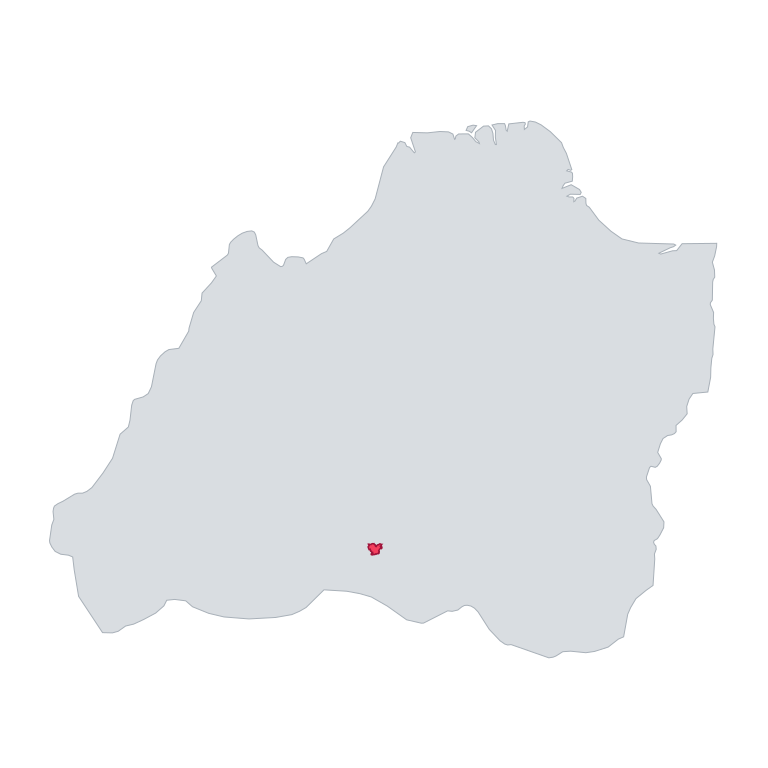 Gezawa, Kano, Nigeria (highlighted), rotated 182°
{"feature_id": "59680162B10012275275709", "entity_name": "Gezawa", "entity_type": "district", "adm_level": 2, "iso_a3": "NGA", "parent_name": "Nigeria", "parent_adm1": "Kano", "projection": "mercator", "projection_center": [8.662, 12.062], "detail": "fine", "context": "in_parent", "style": "filled", "palette": "rose", "viewbox_px": 768, "rotation_deg": 182, "n_neighbors": 0, "source": "geoboundaries", "source_scale": "gbopen_adm2", "svg_char_len": 5764}
<svg xmlns="http://www.w3.org/2000/svg" viewBox="0 0 768 768"><g transform="rotate(182 384 384)"><path d="M656.6,125.7L681.8,161.1L687.1,187.4L689.1,200.3L693.3,201.9L701.1,202.6L706.8,205.2L710.2,209.4L712.4,213.5L712.8,215.8L711.1,231.5L709.2,237.2L710.3,245.0L709.9,248.3L709.1,250.5L705.6,253.1L700.8,255.6L689.4,263.1L686.1,264.2L681.4,264.4L677.2,266.3L672.3,270.3L661.7,285.3L652.7,300.3L646.0,324.6L638.0,332.1L636.6,338.9L635.4,354.0L634.1,358.5L632.8,359.9L624.2,362.7L619.3,366.2L616.3,373.1L612.5,396.3L611.2,400.1L608.4,404.2L604.0,408.5L600.2,410.9L590.3,412.5L581.0,430.0L580.8,433.0L576.7,448.9L569.5,460.8L569.0,468.5L560.0,479.0L555.3,486.1L560.1,493.5L560.5,494.7L545.0,507.4L544.0,509.3L543.4,518.0L542.2,520.3L539.3,523.5L535.2,527.0L530.9,529.8L526.1,531.7L521.5,532.4L518.9,531.3L517.4,528.6L514.8,518.0L513.5,515.7L510.5,513.6L498.6,501.9L491.4,497.7L489.8,498.0L488.6,499.1L486.6,505.1L484.5,507.2L480.7,508.0L474.1,508.0L469.3,507.2L468.2,506.0L465.9,501.4L451.0,512.1L445.9,514.5L439.3,527.2L429.9,533.4L423.5,538.9L406.2,556.1L402.8,561.2L399.3,568.7L392.0,601.0L380.1,621.2L378.5,625.5L377.8,625.3L376.2,627.2L371.6,626.0L369.5,622.2L366.7,621.6L361.8,616.1L360.7,617.1L365.9,631.0L364.0,636.4L349.4,636.5L336.9,638.3L328.3,638.2L323.9,636.2L322.0,631.0L321.3,631.5L320.8,634.3L318.1,636.5L308.4,636.9L304.2,633.4L300.7,629.4L297.0,627.6L297.6,629.3L301.8,633.2L301.3,638.8L293.5,645.2L288.6,645.6L285.5,642.8L283.9,638.3L283.1,631.5L281.1,627.2L280.0,627.2L281.3,634.5L281.4,641.3L285.1,646.6L279.4,648.2L272.6,648.4L271.7,646.4L270.8,642.0L269.7,640.9L268.3,648.3L254.2,650.4L252.2,650.1L251.8,648.7L252.9,646.7L252.6,643.3L249.5,645.9L249.0,651.0L247.3,651.9L241.9,651.1L236.1,648.5L226.6,642.0L215.0,631.4L213.1,626.7L209.8,620.9L203.8,604.8L204.9,604.1L207.5,604.9L208.9,603.4L204.0,602.3L203.0,601.2L202.7,597.6L202.9,593.3L210.2,591.0L211.9,588.4L212.9,585.7L203.9,589.7L195.4,585.2L193.6,582.4L194.5,580.3L204.3,580.2L207.8,578.1L205.7,577.4L201.9,577.5L200.6,576.1L200.7,572.8L199.5,573.5L197.9,576.5L192.2,578.6L188.8,576.5L188.5,571.7L187.8,569.5L185.0,567.8L175.0,555.2L162.5,544.6L151.3,537.3L134.5,533.8L99.3,534.0L97.3,533.0L99.5,531.3L102.6,530.2L113.9,524.3L112.0,523.5L100.2,527.2L96.2,527.5L91.0,534.6L56.4,536.2L56.4,532.9L58.0,523.6L60.1,517.2L57.7,509.4L57.2,502.3L58.6,500.1L59.1,497.4L58.8,479.3L60.6,476.6L60.7,474.7L57.1,467.0L57.1,461.1L56.4,455.3L55.2,452.7L56.6,430.5L56.2,425.0L57.3,421.1L57.9,411.5L57.8,402.1L60.1,387.3L75.0,385.3L78.6,379.5L80.7,372.1L80.0,364.8L84.8,358.4L90.7,352.8L90.4,346.5L92.0,344.6L94.8,343.2L98.8,342.4L103.2,339.3L105.7,333.9L108.1,325.2L104.3,319.1L104.3,317.8L105.8,314.5L108.1,311.3L110.0,310.2L114.3,311.1L115.7,309.8L118.5,300.2L118.2,297.6L114.2,291.1L112.0,273.7L110.8,271.4L107.7,268.2L99.4,256.0L99.5,250.1L103.0,242.7L105.3,239.0L108.5,237.0L109.1,235.3L108.2,233.2L106.6,231.6L106.2,228.3L107.8,223.6L107.3,218.5L108.1,192.1L114.9,186.9L124.7,178.3L129.7,169.2L132.4,162.4L135.7,139.7L140.9,137.2L150.8,128.9L164.2,124.1L172.9,122.5L188.2,123.5L196.0,122.7L202.6,118.2L205.5,116.9L209.7,116.1L247.9,128.0L251.3,127.5L254.2,128.3L259.0,131.4L270.2,142.4L282.0,159.5L285.7,163.1L289.3,165.1L293.1,165.8L295.9,165.5L298.6,163.9L302.3,160.7L307.9,159.2L312.5,159.5L336.2,146.4L338.5,146.3L353.1,149.1L373.0,162.2L389.2,170.7L400.6,173.6L414.0,175.6L436.8,176.2L454.1,157.9L460.5,153.9L468.1,150.3L484.2,146.9L510.8,144.5L535.7,145.6L551.2,148.7L567.6,154.7L574.6,160.4L585.7,161.4L593.6,160.3L596.2,154.6L604.2,147.1L616.1,140.2L625.8,135.3L633.8,133.1L641.0,127.6L646.7,125.8L656.6,125.7ZM309.3,644.1L304.0,645.8L300.5,645.4L305.3,638.1L307.7,639.6L310.8,640.3L309.3,644.1Z" fill="#d9dde1" stroke="#a8b0b8" stroke-width="1"/><path d="M380.8,223.6L381.0,223.6L381.3,223.7L381.5,223.7L381.6,223.8L381.8,223.9L382.0,224.0L382.3,224.0L382.5,224.1L382.8,224.0L383.2,223.7L383.9,223.2L384.9,223.0L385.1,222.8L385.3,222.6L385.9,221.9L386.0,221.3L386.4,221.3L386.5,221.3L386.8,221.6L387.0,222.0L387.1,222.7L387.2,222.9L387.3,223.1L387.7,223.1L388.0,223.2L388.2,223.5L388.4,224.1L388.8,224.0L389.1,224.0L389.5,224.1L390.0,224.0L390.3,223.9L390.6,223.8L390.9,223.7L391.1,223.5L391.4,223.1L391.6,223.2L391.9,223.1L392.5,223.2L393.2,223.4L393.6,223.4L394.0,223.4L393.9,223.1L393.7,222.9L393.2,222.4L393.1,222.1L393.4,221.7L393.6,221.7L394.1,220.9L394.2,220.7L394.1,220.3L393.9,219.8L393.7,219.6L393.7,219.4L393.6,218.9L393.4,218.5L393.2,218.2L393.0,217.9L392.9,218.0L392.0,218.4L391.8,217.8L391.7,217.6L391.6,217.4L391.6,217.0L391.6,216.9L391.5,216.7L391.5,216.4L391.2,216.3L390.7,216.3L390.6,216.1L390.6,215.9L390.5,215.6L390.3,215.5L390.1,215.4L389.9,215.2L390.0,214.9L390.6,214.2L390.9,213.5L390.7,213.0L390.4,212.9L389.9,212.9L389.6,212.8L389.2,212.9L389.2,213.4L389.1,213.8L388.9,213.1L388.0,213.3L387.5,213.2L387.4,213.2L387.2,213.3L386.6,213.9L385.9,214.0L385.8,213.7L385.2,214.0L384.9,214.1L384.5,214.2L384.2,214.3L383.8,214.4L383.7,214.3L383.4,214.6L383.2,214.6L383.1,214.8L383.3,214.9L383.5,215.5L383.1,215.7L382.9,216.0L382.9,216.4L383.0,216.4L383.1,216.5L383.2,216.8L383.3,216.8L383.4,217.0L383.5,217.2L383.5,217.3L383.4,217.5L383.2,217.8L383.0,218.0L382.8,218.5L382.2,219.2L381.9,219.5L381.6,219.7L381.5,219.8L381.4,219.8L381.2,219.8L381.1,220.0L381.1,220.3L381.1,220.5L380.9,220.5L380.8,220.4L380.5,220.5L380.5,220.4L380.4,220.3L380.4,220.2L380.5,220.2L380.5,219.9L380.4,220.0L380.4,220.3L380.4,220.6L380.5,220.6L380.8,220.6L380.9,220.8L381.0,220.8L381.0,221.0L380.9,221.0L380.9,221.3L381.0,221.3L381.6,221.2L381.6,221.3L381.6,221.5L381.9,221.7L382.0,221.7L382.0,221.8L381.9,222.0L381.7,222.1L381.4,222.1L381.2,222.1L381.0,222.4L381.0,222.6L381.1,222.8L381.1,223.0L381.0,223.3L380.9,223.5L380.8,223.6Z" fill="#f43f5e" stroke="#9f1239" stroke-width="1.5"/></g></svg>